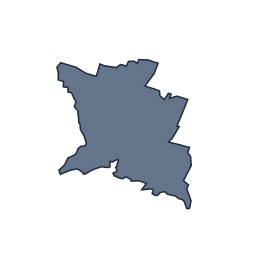 New Haven, Connecticut, United States of America (Equal Earth projection), rotated 26°
{"feature_id": "52423323B55561087422078", "entity_name": "New Haven", "entity_type": "district", "adm_level": 2, "iso_a3": "USA", "parent_name": "United States of America", "parent_adm1": "Connecticut", "projection": "equal_earth", "projection_center": [-72.92, 41.407], "detail": "fine", "context": "isolated", "style": "filled", "palette": "slate", "viewbox_px": 256, "rotation_deg": 26, "n_neighbors": 0, "source": "geoboundaries", "source_scale": "gbopen_adm2", "svg_char_len": 1997}
<svg xmlns="http://www.w3.org/2000/svg" viewBox="0 0 256 256"><g transform="rotate(26 128 128)"><path d="M169.2,76.2L158.0,77.9L152.3,83.1L151.9,78.6L149.1,79.1L148.1,86.5L146.2,86.0L142.7,85.2L140.1,80.9L134.6,81.4L124.8,82.8L125.0,82.0L127.7,67.5L126.6,56.6L120.7,57.5L116.3,58.0L107.6,61.8L108.2,65.7L104.2,65.3L100.9,67.0L99.2,67.9L99.3,73.1L97.8,73.3L93.5,74.2L91.0,78.8L79.2,82.5L74.7,82.7L76.8,95.3L73.4,96.1L65.7,97.3L54.7,96.2L38.9,98.8L37.5,104.5L41.3,109.2L44.2,115.4L49.7,114.4L51.8,119.4L56.2,117.9L58.4,122.0L61.8,121.0L64.8,123.7L69.7,127.3L70.4,132.4L76.2,135.0L76.4,136.9L78.6,139.6L81.2,144.5L83.8,146.3L84.3,147.5L85.9,150.2L91.6,154.1L93.6,156.0L96.9,159.6L97.5,161.5L96.7,163.2L93.7,165.1L92.1,168.4L92.5,173.6L91.5,176.0L87.2,181.1L87.1,186.0L87.3,188.8L84.4,196.3L87.6,199.4L88.2,198.4L94.2,191.8L98.8,188.0L100.8,186.9L102.0,187.1L107.2,187.8L107.7,188.1L107.8,188.6L107.8,188.8L109.0,188.7L110.7,186.9L112.9,183.2L115.6,179.9L121.1,174.5L121.7,174.3L122.3,174.1L127.2,172.4L127.7,171.9L128.9,170.8L127.8,168.9L127.0,166.9L126.9,166.8L126.5,165.9L129.1,165.3L130.8,162.6L132.4,160.9L133.6,161.1L133.7,161.4L134.0,165.1L134.7,167.5L134.1,168.9L136.0,170.2L136.8,172.0L136.6,173.1L134.7,174.1L134.4,175.4L134.5,175.6L135.3,176.0L135.9,176.3L136.7,177.2L138.2,176.5L139.7,177.1L144.2,176.4L144.6,176.2L145.9,175.6L146.8,173.3L147.4,172.9L152.2,172.9L153.9,173.7L154.0,174.3L160.7,170.9L161.5,170.5L168.1,169.9L168.8,169.9L167.4,177.6L176.1,172.2L178.4,173.7L178.7,174.6L178.1,175.3L178.8,176.6L182.5,176.5L183.5,175.9L184.6,174.6L184.7,172.7L187.6,169.8L189.8,169.2L191.7,170.1L191.9,170.2L194.7,169.8L200.3,168.3L204.7,169.3L208.0,168.4L210.8,169.5L216.3,174.8L218.5,173.3L216.6,165.8L207.5,157.0L207.3,152.6L201.0,151.1L201.3,134.0L196.7,126.1L192.6,124.1L191.8,118.4L186.1,119.7L184.9,119.8L179.3,121.0L172.5,122.5L170.6,122.9L172.2,118.4L173.1,107.8L173.4,104.3L171.3,104.9L170.9,100.6L170.0,86.6L169.2,76.2Z" fill="#64748b" stroke="#1e293b" stroke-width="1.5"/></g></svg>